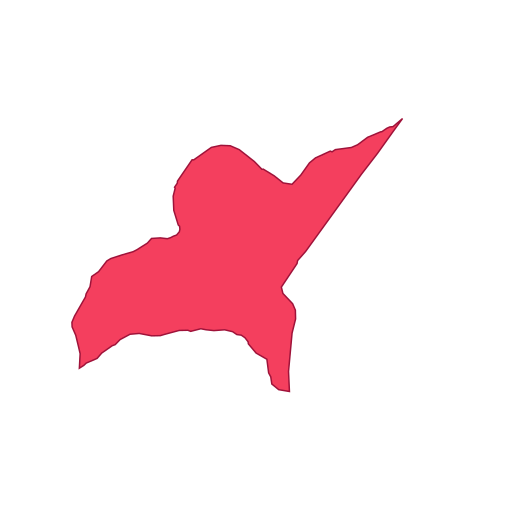 Antigua Guatemala, Sacatepéquez, Guatemala, rotated 220°
{"feature_id": "79465075B72939253081387", "entity_name": "Antigua Guatemala", "entity_type": "district", "adm_level": 2, "iso_a3": "GTM", "parent_name": "Guatemala", "parent_adm1": "Sacatepéquez", "projection": "robinson", "projection_center": [-90.724, 14.538], "detail": "fine", "context": "isolated", "style": "filled", "palette": "rose", "viewbox_px": 512, "rotation_deg": 220, "n_neighbors": 0, "source": "geoboundaries", "source_scale": "gbopen_adm2", "svg_char_len": 1466}
<svg xmlns="http://www.w3.org/2000/svg" viewBox="0 0 512 512"><g transform="rotate(220 256 256)"><path d="M368.7,134.7L363.4,125.8L361.8,117.8L360.3,115.0L356.4,93.4L354.4,86.9L351.3,83.5L343.1,79.4L334.7,73.2L327.9,68.1L319.2,56.5L317.6,61.5L317.2,64.9L311.9,75.4L311.8,82.5L308.5,94.8L306.9,97.6L306.4,104.6L302.2,115.1L295.7,121.6L284.6,127.8L278.1,133.5L275.8,137.0L267.0,149.6L260.5,155.3L257.6,156.3L251.5,164.8L247.0,167.3L240.3,171.8L232.6,179.3L225.3,183.0L220.2,183.5L216.4,185.9L211.9,186.3L206.9,185.2L205.4,183.8L193.5,181.7L181.3,183.9L171.2,174.6L167.0,172.9L161.6,168.1L152.7,168.2L143.3,173.7L156.9,188.5L178.8,220.1L185.2,233.2L191.0,239.8L197.3,243.0L211.3,244.6L216.6,248.5L219.7,276.6L221.2,279.2L220.9,291.3L227.8,386.4L228.9,412.7L231.0,439.7L232.1,455.5L234.2,443.2L236.5,440.8L237.9,437.9L239.0,433.9L239.5,432.1L240.3,431.3L246.8,418.7L249.7,406.5L252.7,400.4L263.6,388.5L264.7,384.7L266.5,384.1L273.5,369.4L274.9,361.7L273.7,346.8L274.5,334.1L282.2,329.4L293.7,329.1L306.3,327.2L307.2,326.2L318.0,327.3L337.2,326.7L346.6,323.9L354.0,318.2L360.0,310.5L365.5,289.6L366.8,288.6L364.3,262.9L363.1,261.2L362.6,256.3L361.5,256.0L357.9,248.6L348.3,238.1L335.5,229.8L333.7,229.7L331.5,227.6L330.3,225.3L330.3,221.0L332.0,218.1L333.2,215.2L335.0,212.3L340.9,208.4L347.3,202.3L347.5,196.0L349.4,190.1L351.3,184.1L352.9,180.3L359.3,170.8L365.6,160.7L367.1,156.3L366.5,142.8L368.7,134.7Z" fill="#f43f5e" stroke="#9f1239" stroke-width="1.5"/></g></svg>